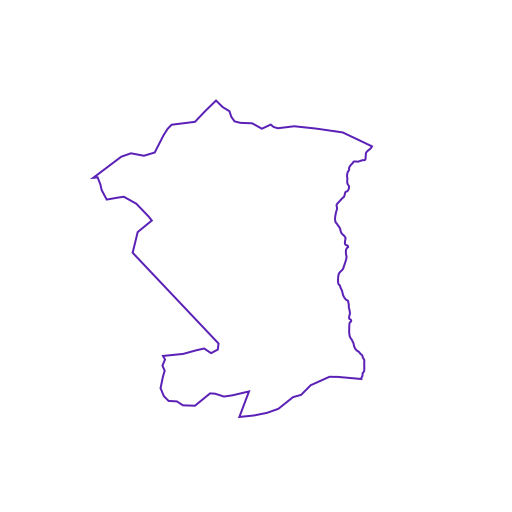 outline of Kouango, Ouaka, Central African Republic, rotated 232°
{"feature_id": "33826404B56773227283390", "entity_name": "Kouango", "entity_type": "district", "adm_level": 2, "iso_a3": "CAF", "parent_name": "Central African Republic", "parent_adm1": "Ouaka", "projection": "orthographic", "projection_center": [20.271, 5.054], "detail": "fine", "context": "isolated", "style": "outline", "palette": "violet", "viewbox_px": 512, "rotation_deg": 232, "n_neighbors": 0, "source": "geoboundaries", "source_scale": "gbopen_adm2", "svg_char_len": 3629}
<svg xmlns="http://www.w3.org/2000/svg" viewBox="0 0 512 512"><g transform="rotate(232 256 256)"><path d="M411.4,270.3L410.6,264.6L408.0,257.3L399.9,239.9L404.0,229.4L413.9,220.7L417.2,211.0L417.8,175.9L415.5,179.6L408.1,177.4L403.1,175.0L392.4,173.1L387.1,183.0L384.1,188.3L370.8,193.9L353.0,195.7L348.1,195.7L347.7,177.5L334.5,160.8L210.1,172.6L205.8,168.3L207.1,160.8L215.0,158.2L218.2,151.5L223.7,138.3L234.5,121.2L230.5,120.6L227.2,114.8L221.8,113.4L218.4,108.6L210.6,99.4L202.3,97.1L195.6,97.9L190.2,104.1L183.3,106.5L175.6,115.7L176.0,135.2L172.8,138.9L165.0,144.2L160.7,151.7L153.6,167.1L139.4,143.8L131.6,156.2L125.6,168.2L121.8,179.6L122.0,198.2L118.8,206.1L120.5,219.6L115.6,239.5L110.4,246.0L94.2,263.3L94.9,263.7L95.2,264.4L95.6,265.2L95.9,265.8L96.3,266.4L96.9,266.9L97.5,267.4L97.8,267.7L98.1,268.3L98.3,269.2L98.6,270.0L99.2,270.8L99.9,271.5L101.6,272.8L103.8,274.4L105.0,275.4L106.1,276.3L107.1,277.1L108.1,277.5L109.0,277.5L109.8,277.6L110.6,277.9L111.0,278.0L111.7,278.3L112.2,278.5L112.9,278.5L113.6,278.3L114.3,278.1L115.2,278.1L115.9,278.1L116.7,278.1L117.8,277.9L118.9,277.4L119.8,277.2L120.9,277.1L122.3,277.2L123.6,277.5L124.6,277.8L126.6,278.8L127.7,279.2L129.1,279.5L130.9,279.9L133.3,280.0L134.9,280.4L136.2,281.0L137.4,281.8L138.7,282.5L140.3,283.9L141.6,284.9L143.5,286.5L144.8,287.6L145.4,288.3L145.7,288.7L145.8,289.1L145.9,289.6L145.8,290.1L145.9,290.4L146.1,290.8L146.4,291.2L146.9,291.4L147.5,291.4L148.1,291.3L148.6,291.0L149.1,290.9L149.6,291.0L150.0,291.3L150.5,291.8L151.0,292.2L151.5,292.9L152.2,293.9L152.8,294.6L153.6,295.1L154.2,295.5L155.7,296.3L156.7,296.8L157.9,297.2L158.7,297.7L159.6,298.4L160.1,298.9L160.7,299.3L161.4,299.6L162.2,300.0L162.9,300.3L163.5,300.8L164.1,300.9L164.8,300.7L165.4,300.3L166.4,300.0L168.0,300.0L168.9,300.0L170.2,300.2L171.7,300.6L173.7,301.5L176.2,302.6L177.7,302.8L178.9,303.1L179.7,303.4L180.4,303.7L181.0,303.9L181.7,303.9L182.4,303.7L183.0,303.7L183.8,304.0L184.4,304.3L185.1,304.8L186.0,305.4L186.9,306.1L188.0,307.1L189.0,308.0L189.9,308.9L190.6,309.7L191.1,310.7L191.4,311.3L191.6,312.2L191.7,313.1L191.8,314.3L192.0,315.6L192.3,316.7L192.8,317.6L193.4,318.4L194.4,319.9L196.9,323.7L198.5,325.8L199.8,327.0L201.8,327.9L203.9,329.3L205.3,330.6L206.1,331.9L206.3,333.0L206.3,334.1L206.9,334.5L207.8,334.6L208.8,333.9L210.0,333.4L211.3,333.9L212.3,334.7L213.7,336.2L214.9,337.6L216.5,337.9L217.8,337.9L219.4,337.6L220.8,337.4L222.7,337.7L224.3,338.4L225.7,339.1L227.4,339.4L228.8,339.4L230.3,339.5L231.7,339.6L232.6,339.5L233.3,339.5L234.1,339.7L235.3,340.3L236.7,341.2L238.6,343.0L239.8,344.4L241.3,346.1L242.3,347.6L243.4,349.0L244.4,349.7L245.6,350.2L246.7,351.0L247.1,351.9L247.4,353.6L247.8,356.1L248.2,358.1L248.4,360.5L248.5,361.9L249.0,362.7L249.8,363.7L250.6,364.7L251.2,365.5L251.3,366.5L250.9,367.4L250.9,368.4L251.4,369.7L252.1,370.8L253.1,371.9L254.1,372.3L255.5,372.4L257.0,372.7L258.6,373.7L259.7,374.8L261.4,376.1L263.1,377.0L264.3,378.3L265.5,379.6L266.0,380.9L266.3,381.9L267.0,382.8L267.7,383.2L268.5,384.2L269.1,385.9L269.5,387.6L269.7,389.7L270.2,390.7L269.9,391.8L268.3,393.6L267.6,394.4L267.2,395.3L266.9,396.1L266.5,397.3L266.1,398.5L265.7,399.3L265.1,399.9L264.8,400.4L264.6,401.1L264.8,401.7L265.2,402.2L266.8,403.6L267.9,404.6L268.7,405.3L269.3,405.9L269.6,406.5L269.9,407.4L270.0,408.0L270.1,409.3L270.1,410.6L270.2,411.9L270.3,413.2L270.6,413.9L271.0,414.9L300.0,400.4L319.4,381.8L334.7,366.0L343.2,351.9L346.8,349.3L350.5,348.5L352.7,339.0L362.9,334.7L370.6,325.6L375.3,322.0L380.8,322.2L386.4,324.2L393.9,321.4L403.1,320.2L401.5,305.4L399.3,290.5L411.4,270.3Z" fill="none" stroke="#5b21b6" stroke-width="2"/></g></svg>